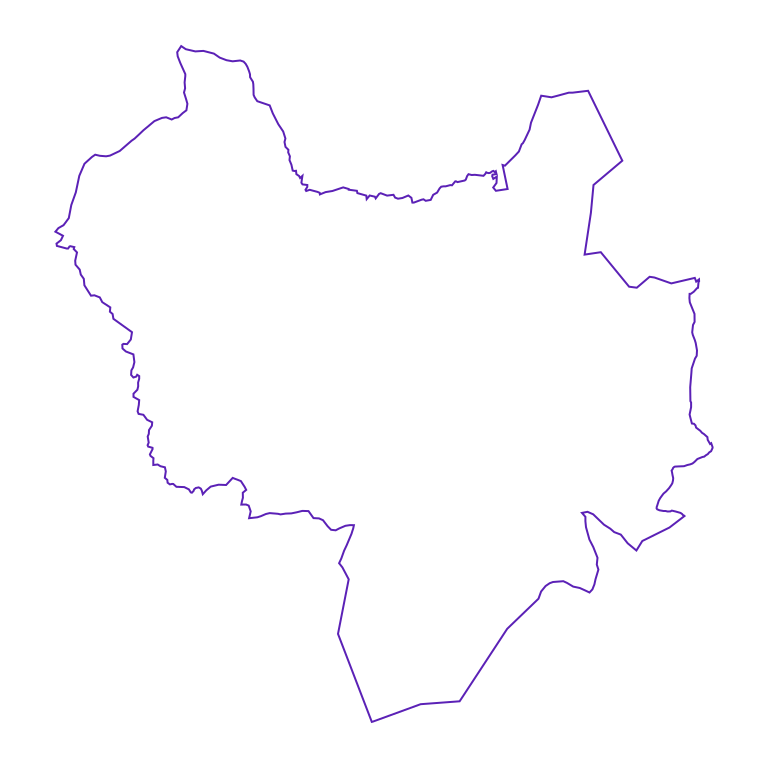 San Andrés Solaga, Oaxaca, Mexico (Natural Earth projection)
{"feature_id": "50627088B53471803847057", "entity_name": "San Andrés Solaga", "entity_type": "district", "adm_level": 2, "iso_a3": "MEX", "parent_name": "Mexico", "parent_adm1": "Oaxaca", "projection": "natural_earth1", "projection_center": [-96.225, 17.275], "detail": "fine", "context": "isolated", "style": "outline", "palette": "violet", "viewbox_px": 768, "rotation_deg": 0, "n_neighbors": 0, "source": "geoboundaries", "source_scale": "gbopen_adm2", "svg_char_len": 5459}
<svg xmlns="http://www.w3.org/2000/svg" viewBox="0 0 768 768"><path d="M588.1,90.8L572.3,92.7L568.7,92.7L557.7,95.7L551.5,97.3L541.2,95.7L538.1,104.7L531.0,122.7L529.6,129.6L527.9,133.2L524.7,140.0L522.9,143.2L521.6,144.3L521.3,145.2L518.9,151.5L515.3,155.4L504.9,165.7L502.6,165.0L507.6,189.0L495.9,190.8L493.2,187.5L496.5,183.0L496.8,176.6L493.3,178.9L492.2,176.2L492.5,174.7L496.5,174.1L495.8,171.2L494.7,172.1L493.4,170.9L492.2,171.3L490.0,172.9L488.8,173.1L487.1,172.8L486.2,172.3L485.2,174.0L483.5,175.8L474.9,174.8L471.7,175.0L468.5,174.2L467.1,176.1L465.8,179.6L464.7,180.5L457.5,182.1L455.9,181.3L455.2,181.4L452.0,185.3L450.3,185.1L445.8,186.3L443.8,186.3L441.2,186.7L439.6,188.4L437.1,192.6L433.2,194.8L430.7,199.9L425.7,200.8L423.5,199.3L421.6,199.7L413.8,202.6L412.4,202.6L411.4,197.8L408.3,195.5L402.4,198.0L398.0,198.7L395.1,197.6L393.5,194.8L387.1,195.6L380.7,193.2L379.1,193.9L375.7,198.4L374.9,196.7L369.7,195.5L366.7,199.1L366.3,195.6L357.4,193.1L356.9,190.8L348.7,189.7L348.7,189.0L343.2,187.4L332.4,191.0L325.6,192.1L319.9,194.4L319.7,192.8L317.5,191.9L309.7,189.8L306.2,191.0L305.5,189.8L307.3,186.9L307.3,185.0L302.5,184.4L301.4,182.7L302.4,175.9L300.1,178.0L299.1,176.0L296.4,174.2L296.0,170.8L294.4,171.0L292.7,170.6L291.4,164.7L289.5,160.1L289.9,156.3L288.2,152.4L288.4,149.8L285.5,146.9L284.5,142.0L285.4,138.5L283.2,131.5L278.3,124.2L272.8,113.4L269.7,105.4L257.3,101.2L254.7,97.4L253.6,94.9L253.5,88.6L253.3,84.1L252.9,81.7L251.5,79.5L250.1,77.2L250.0,74.3L249.1,71.3L247.4,66.9L245.7,63.9L243.6,61.6L240.2,60.5L232.6,61.3L226.5,60.2L219.7,57.6L213.9,53.6L203.4,50.9L195.3,51.4L185.8,49.2L181.2,46.1L177.2,52.2L177.7,56.3L180.3,63.0L185.3,74.1L185.3,76.1L184.6,82.4L185.1,88.3L184.0,92.5L186.2,99.5L187.4,103.8L186.4,110.3L182.7,113.1L178.2,117.3L174.6,118.0L171.7,119.5L166.2,117.3L162.0,117.9L154.4,121.1L152.0,123.1L143.5,130.2L139.2,134.3L134.6,138.6L131.6,140.7L119.7,151.0L110.0,155.6L106.1,156.3L99.9,155.8L95.2,154.7L91.9,157.0L84.5,163.7L79.3,175.8L75.8,192.4L71.3,205.0L68.8,218.1L63.6,225.1L58.4,228.1L55.4,231.7L63.0,235.8L60.9,240.2L56.5,243.6L56.9,245.9L66.6,248.5L68.1,248.5L69.5,246.5L70.3,246.2L74.3,247.1L73.7,249.0L77.0,252.4L75.2,260.7L75.5,264.7L79.7,269.6L80.8,274.6L83.8,278.8L84.4,285.3L91.0,295.7L94.4,295.3L99.8,297.4L102.3,302.2L110.3,307.4L109.9,311.7L112.6,314.0L113.4,318.8L132.0,332.2L130.8,339.5L127.1,344.1L123.4,343.9L122.3,344.7L122.5,348.5L125.9,351.5L133.4,354.4L134.4,362.1L133.1,367.4L131.4,370.3L131.1,374.9L133.4,377.5L136.2,376.6L137.2,374.8L139.2,376.1L139.2,378.7L138.1,382.6L138.2,386.2L137.4,389.7L133.5,393.7L133.5,396.9L139.2,400.1L138.8,405.0L137.6,411.3L138.6,413.9L143.4,414.8L147.1,419.8L152.2,422.3L151.9,425.7L149.0,430.1L148.8,433.9L147.7,436.5L148.7,442.6L147.6,445.2L148.2,446.6L152.5,447.8L152.6,449.0L149.9,454.4L150.5,455.9L153.5,458.2L153.3,460.6L153.3,465.0L157.7,464.5L160.4,466.2L164.9,467.3L165.8,471.4L164.8,477.8L167.3,479.9L167.6,482.7L169.9,484.4L172.2,483.9L173.3,484.0L176.4,486.8L184.3,487.1L188.9,489.4L190.8,492.4L191.9,492.7L193.6,490.9L194.1,489.4L195.8,488.0L198.7,487.4L200.8,488.6L201.8,490.6L202.8,494.2L206.3,490.3L210.7,486.6L218.6,484.7L226.1,485.0L232.7,477.9L234.7,478.7L237.7,479.8L240.9,481.1L244.6,486.8L246.2,489.9L242.8,492.7L242.9,497.8L242.0,501.1L241.3,504.6L246.0,504.5L248.7,505.6L250.7,511.4L249.1,518.2L257.3,517.3L260.8,516.2L265.9,514.0L269.7,513.1L278.0,513.8L280.5,514.4L285.7,513.6L291.3,513.4L296.7,512.3L302.3,510.9L308.5,511.1L313.5,518.1L319.0,518.4L323.0,520.2L327.6,526.2L331.1,529.8L335.7,530.3L339.3,528.4L345.4,525.8L350.1,525.1L353.9,525.2L353.2,528.5L352.4,530.9L351.5,533.8L346.7,545.2L344.1,550.7L341.3,558.5L339.1,563.2L342.4,567.4L348.7,579.3L338.0,633.9L371.8,721.9L372.9,721.6L420.6,704.2L459.6,701.3L462.2,697.4L488.5,657.3L507.2,628.8L538.5,598.7L541.1,591.5L545.6,586.0L549.7,583.2L553.0,582.0L563.3,581.2L567.0,582.9L573.2,586.6L579.8,588.0L585.5,590.6L589.5,592.5L592.4,589.4L594.4,584.4L595.5,579.3L598.4,569.6L596.8,564.6L597.5,557.8L596.5,555.2L593.3,547.1L589.4,539.5L586.0,527.2L585.4,521.2L585.4,516.8L582.0,512.9L587.5,511.8L593.2,514.3L604.0,524.7L610.3,528.7L614.2,532.1L620.8,534.6L627.7,543.3L636.4,550.5L642.3,541.0L669.5,527.5L684.5,516.0L684.1,515.6L683.0,515.1L682.1,514.0L680.5,512.9L675.6,511.5L671.8,510.6L670.4,511.4L667.5,511.5L665.6,511.0L663.5,511.0L659.5,510.3L657.2,509.3L656.6,508.4L656.7,507.0L657.2,505.6L658.7,500.8L660.2,498.1L662.0,495.6L663.5,493.6L666.1,491.4L669.1,488.1L671.2,485.1L672.3,483.3L673.0,480.4L673.2,478.1L672.5,475.0L672.0,472.1L671.6,470.6L672.6,469.2L673.0,468.1L673.8,467.2L674.9,466.6L678.9,466.4L684.0,466.2L687.4,465.0L690.1,464.4L692.5,463.5L694.5,461.9L695.8,460.6L697.4,459.0L702.4,457.0L704.3,456.6L705.7,455.4L707.8,454.1L709.2,452.4L711.1,451.2L712.5,448.1L712.6,447.2L711.2,443.2L710.1,444.0L707.7,439.8L707.4,437.1L703.9,434.0L702.0,432.8L700.3,430.8L696.1,427.6L695.5,425.4L694.0,423.8L691.9,423.5L690.3,417.4L689.6,414.5L691.1,407.2L691.1,402.5L690.4,401.1L690.2,387.2L691.4,372.7L691.7,368.4L695.0,358.6L696.7,355.8L697.0,350.4L695.7,343.0L694.8,340.0L692.8,334.9L692.2,332.3L693.0,325.0L694.6,321.9L694.5,313.9L689.8,302.3L689.4,298.1L689.6,293.9L690.7,293.9L693.8,291.7L697.1,288.1L698.0,287.8L698.5,282.2L699.1,281.3L699.0,279.4L696.2,281.6L694.8,277.9L671.3,283.4L654.4,277.5L649.6,276.8L636.8,287.7L629.1,286.7L600.8,252.2L584.6,254.6L590.9,212.8L593.5,185.0L622.3,160.7L588.1,90.8Z" fill="none" stroke="#5b21b6" stroke-width="2"/></svg>